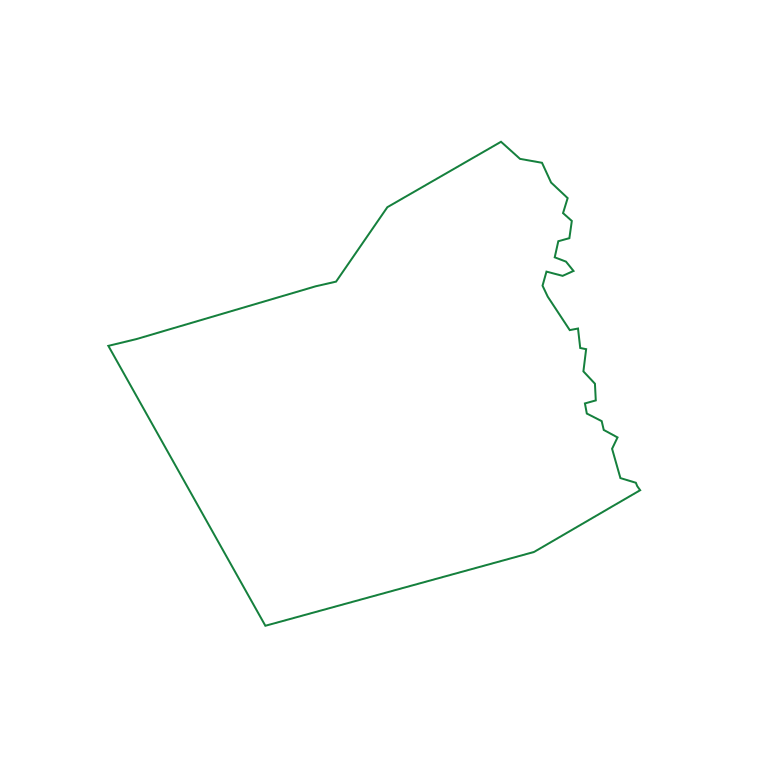 Wharton, Texas, United States of America, rotated 16°
{"feature_id": "52423323B28004932041096", "entity_name": "Wharton", "entity_type": "district", "adm_level": 2, "iso_a3": "USA", "parent_name": "United States of America", "parent_adm1": "Texas", "projection": "albers", "projection_center": [-96.061, 29.299], "detail": "fine", "context": "isolated", "style": "outline", "palette": "green", "viewbox_px": 768, "rotation_deg": 16, "n_neighbors": 0, "source": "geoboundaries", "source_scale": "gbopen_adm2", "svg_char_len": 669}
<svg xmlns="http://www.w3.org/2000/svg" viewBox="0 0 768 768"><g transform="rotate(16 384 384)"><path d="M336.6,649.1L574.5,504.1L637.4,438.5L659.5,415.5L655.6,412.4L653.3,409.5L637.2,409.3L621.1,383.4L623.2,371.0L607.9,367.6L603.5,359.7L587.1,356.5L582.5,347.3L592.1,341.4L586.7,325.6L572.2,316.9L568.7,294.8L562.7,295.3L555.2,277.2L547.7,281.0L517.3,254.9L509.3,245.8L509.2,231.2L525.9,230.8L535.0,223.1L525.2,216.2L513.2,215.2L512.2,198.7L522.0,192.7L519.6,175.5L509.0,170.4L509.3,154.7L489.1,144.3L474.9,127.8L452.7,130.1L429.7,118.9L338.5,213.1L309.7,298.8L291.4,308.9L133.4,409.2L108.5,423.3L336.6,649.1Z" fill="none" stroke="#15803d" stroke-width="2"/></g></svg>